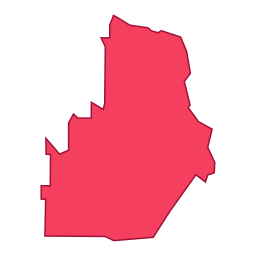 Houston, Georgia, United States of America
{"feature_id": "52423323B77301677546926", "entity_name": "Houston", "entity_type": "district", "adm_level": 2, "iso_a3": "USA", "parent_name": "United States of America", "parent_adm1": "Georgia", "projection": "albers", "projection_center": [-83.676, 32.487], "detail": "fine", "context": "isolated", "style": "filled", "palette": "rose", "viewbox_px": 256, "rotation_deg": 0, "n_neighbors": 0, "source": "geoboundaries", "source_scale": "gbopen_adm2", "svg_char_len": 720}
<svg xmlns="http://www.w3.org/2000/svg" viewBox="0 0 256 256"><path d="M161.3,30.7L158.1,32.7L151.3,30.8L148.0,27.8L140.4,26.7L129.6,25.1L118.5,18.2L113.5,15.4L113.4,15.4L113.5,15.7L109.8,24.8L109.7,37.8L101.1,37.8L105.3,46.8L105.1,68.3L104.7,103.6L103.2,109.4L91.4,102.3L91.2,118.2L77.8,118.0L73.5,114.0L68.6,122.9L68.6,150.2L59.6,154.1L45.9,138.3L46.1,154.3L50.5,154.4L50.3,179.3L50.3,185.8L41.2,185.7L41.2,199.2L45.7,199.2L44.9,236.0L105.3,236.5L113.8,240.6L153.2,237.3L170.0,211.1L195.9,174.8L205.4,182.0L207.7,175.0L214.2,172.8L214.8,162.5L207.7,147.3L212.1,129.2L198.4,121.6L188.2,107.5L190.1,105.0L184.3,81.5L190.4,73.4L186.7,51.8L180.7,37.1L161.3,30.7Z" fill="#f43f5e" stroke="#9f1239" stroke-width="1.5"/></svg>